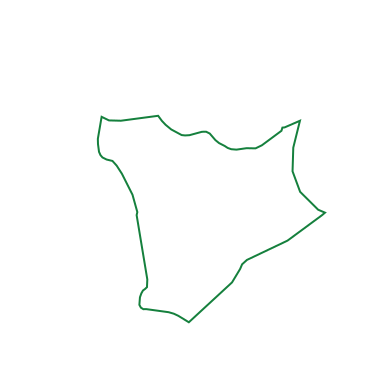 the Governorate of Ben Arous (Tunis Sud), rotated 38°
{"feature_id": "TUN-104", "entity_name": "Ben Arous (Tunis Sud)", "entity_type": "Governorate", "adm_level": 1, "iso_a3": "TUN", "parent_name": "Tunisia", "parent_adm1": "", "projection": "mercator", "projection_center": [10.195, 36.63], "detail": "fine", "context": "isolated", "style": "outline", "palette": "green", "viewbox_px": 384, "rotation_deg": 38, "n_neighbors": 0, "source": "natural_earth", "source_scale": "10m", "svg_char_len": 920}
<svg xmlns="http://www.w3.org/2000/svg" viewBox="0 0 384 384"><g transform="rotate(38 192 192)"><path d="M223.6,85.6L225.2,84.1L233.2,69.4L244.5,94.7L258.5,113.8L277.1,125.3L302.3,128.3L309.5,126.4L308.8,129.9L297.2,171.5L277.1,211.7L276.0,218.1L277.3,223.0L279.2,238.6L269.7,296.6L257.4,298.0L252.6,299.1L247.6,301.1L228.0,312.5L225.8,314.3L222.9,314.6L220.0,313.3L215.8,307.0L214.5,303.1L214.0,299.8L214.7,297.4L215.1,294.7L210.6,288.4L162.6,244.3L161.3,241.5L146.8,230.8L125.6,220.8L116.4,217.6L110.2,216.5L104.7,219.0L100.2,219.9L97.2,219.3L94.0,217.6L88.4,212.1L85.1,208.1L74.5,188.4L82.5,186.7L92.1,179.6L118.4,152.8L124.5,154.5L129.8,155.3L137.1,155.5L148.8,153.5L151.7,151.7L155.0,148.8L162.8,138.4L166.0,135.8L170.0,135.0L178.5,136.7L183.2,136.8L189.4,135.6L193.0,135.3L196.6,134.1L201.0,131.2L208.0,123.9L215.2,118.5L218.3,112.2L224.8,88.7L223.6,85.6Z" fill="none" stroke="#15803d" stroke-width="2"/></g></svg>